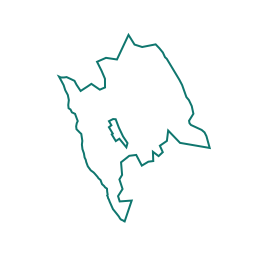 outline of Yangiyul, Tashkent, Uzbekistan, rotated 112°
{"feature_id": "79887680B33047546093113", "entity_name": "Yangiyul", "entity_type": "district", "adm_level": 2, "iso_a3": "UZB", "parent_name": "Uzbekistan", "parent_adm1": "Tashkent", "projection": "orthographic", "projection_center": [69.037, 41.099], "detail": "fine", "context": "isolated", "style": "outline", "palette": "teal", "viewbox_px": 256, "rotation_deg": 112, "n_neighbors": 0, "source": "geoboundaries", "source_scale": "gbopen_adm2", "svg_char_len": 1655}
<svg xmlns="http://www.w3.org/2000/svg" viewBox="0 0 256 256"><g transform="rotate(112 128 128)"><path d="M212.8,104.5L213.2,103.8L213.8,102.9L214.9,101.5L215.5,100.2L215.6,98.6L215.6,97.7L215.9,96.8L215.9,96.1L193.9,97.4L199.2,108.2L194.9,111.7L186.6,110.2L178.9,116.7L173.7,115.9L162.4,121.6L153.3,116.4L149.9,110.3L157.7,101.1L151.6,96.5L149.2,92.2L140.7,96.0L142.6,89.1L137.4,86.7L132.5,91.8L125.4,87.1L115.3,89.8L122.3,74.2L115.9,44.8L106.2,52.2L103.4,55.4L102.2,59.0L101.6,70.8L100.5,72.8L98.4,74.1L90.3,72.7L83.8,77.1L79.3,82.0L77.5,85.4L67.9,93.9L64.0,98.5L49.3,118.0L48.5,120.2L45.0,123.9L42.2,129.0L40.1,133.7L47.6,145.2L48.2,153.2L41.5,162.4L68.6,163.9L71.2,174.7L78.2,181.5L84.9,173.9L91.0,167.8L99.0,164.5L103.0,168.5L100.8,178.5L104.7,181.1L111.4,185.8L107.2,191.9L104.3,195.3L104.0,200.0L103.8,204.0L105.2,206.4L106.3,209.3L106.2,211.2L109.9,206.7L112.4,203.7L116.5,200.3L119.9,196.2L124.3,193.3L129.1,192.0L131.9,190.5L132.4,188.2L134.5,185.9L134.7,182.4L138.8,178.7L140.4,177.2L142.8,177.3L145.9,176.7L148.4,175.3L150.1,171.4L151.0,169.1L154.7,166.9L157.1,165.5L160.7,164.5L164.7,162.3L168.0,159.4L171.6,157.2L173.3,155.3L175.3,153.9L178.6,150.9L181.2,146.7L182.1,143.2L183.0,141.3L184.8,137.8L185.6,136.7L186.6,133.9L188.2,132.5L189.8,131.0L190.8,128.3L191.6,127.1L192.1,124.8L194.9,123.4L197.4,121.9L198.5,122.0L199.0,121.2L200.6,120.1L201.4,119.0L203.1,117.5L206.0,114.5L208.9,111.5L209.7,110.0L212.8,104.5ZM144.7,134.4L140.0,140.7L138.9,140.0L134.4,146.0L131.7,144.4L128.8,148.2L125.3,145.2L124.5,142.7L131.0,136.7L137.7,129.4L142.2,122.8L146.5,122.3L141.2,132.0L144.7,134.4Z" fill="none" stroke="#0f766e" stroke-width="2"/></g></svg>